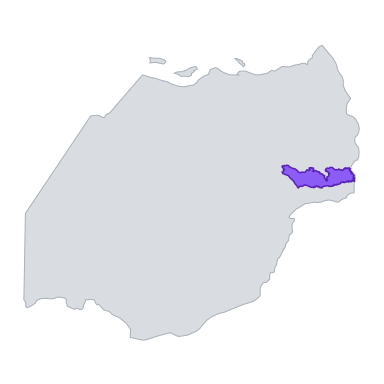 Songea, Ruvuma, United Republic of Tanzania (highlighted), rotated 271°
{"feature_id": "72390352B68324313293973", "entity_name": "Songea", "entity_type": "district", "adm_level": 2, "iso_a3": "TZA", "parent_name": "United Republic of Tanzania", "parent_adm1": "Ruvuma", "projection": "natural_earth1", "projection_center": [35.48, -10.415], "detail": "fine", "context": "in_parent", "style": "filled", "palette": "violet", "viewbox_px": 384, "rotation_deg": 271, "n_neighbors": 0, "source": "geoboundaries", "source_scale": "gbopen_adm2", "svg_char_len": 9163}
<svg xmlns="http://www.w3.org/2000/svg" viewBox="0 0 384 384"><g transform="rotate(271 192 192)"><path d="M139.6,286.7L135.2,284.0L131.3,282.4L128.0,280.6L126.6,278.9L123.6,278.2L120.9,277.9L118.5,276.3L113.5,275.7L112.9,274.6L112.8,272.2L112.0,271.6L110.1,271.0L108.2,271.0L107.0,271.4L106.3,271.2L104.7,269.8L103.1,268.0L102.6,265.1L100.3,263.3L97.6,261.8L90.3,262.0L89.2,261.5L87.4,260.1L85.4,257.7L83.7,254.9L82.3,251.2L80.8,246.2L72.3,226.2L71.4,222.4L69.8,218.2L67.1,213.1L64.2,209.3L60.3,205.8L55.9,202.4L53.6,200.0L49.0,190.6L48.1,186.2L47.4,181.7L47.6,179.8L50.5,173.9L50.7,172.3L50.4,170.1L49.0,165.4L47.2,159.7L43.6,149.3L43.1,146.7L43.1,144.8L45.2,134.2L45.2,132.8L53.6,133.0L59.8,128.4L65.1,121.5L66.2,118.6L68.3,114.2L70.5,112.0L71.3,110.5L72.5,106.1L75.3,103.1L78.1,100.8L77.5,99.2L77.9,98.6L79.4,97.4L82.3,96.3L82.9,94.0L82.8,91.4L82.4,90.0L82.5,88.3L82.0,87.3L80.1,87.1L77.3,85.8L74.9,85.3L73.3,84.5L72.7,83.9L72.5,82.4L73.8,78.3L72.5,76.7L75.4,70.0L75.9,69.2L77.0,69.1L78.7,68.4L80.2,68.1L81.5,68.3L82.5,68.0L83.3,67.3L84.0,65.0L84.6,61.2L84.2,58.2L83.0,55.8L82.7,52.2L83.2,47.3L82.8,43.2L81.5,40.0L80.1,38.1L78.0,37.2L74.7,32.2L73.7,29.8L73.8,28.3L75.0,27.7L77.1,27.9L79.1,27.4L80.9,26.0L82.7,25.6L83.7,25.8L167.7,25.8L266.0,89.2L266.4,90.0L267.1,95.4L267.0,97.3L265.5,100.4L265.0,102.1L265.0,103.2L265.4,103.7L266.7,103.8L267.8,104.6L268.2,105.2L269.0,107.5L270.1,108.7L307.4,139.8L308.2,140.3L307.7,142.9L305.5,149.3L305.4,151.9L304.6,155.0L303.8,157.0L301.6,165.9L299.8,169.3L297.4,177.1L297.0,183.1L298.3,187.2L298.8,191.2L301.7,195.0L304.0,196.4L305.5,198.1L308.3,202.2L309.8,206.2L314.8,208.2L316.7,212.7L316.0,215.8L313.7,218.3L311.6,222.5L309.8,228.0L309.8,236.4L310.9,235.1L313.5,237.2L313.9,243.3L311.1,250.5L310.3,253.9L310.2,256.7L312.1,265.3L315.1,269.7L314.8,271.1L314.1,272.2L319.1,280.0L318.7,286.7L320.6,292.0L321.4,296.5L322.6,300.0L322.8,302.4L321.3,305.1L325.0,305.8L327.1,307.9L328.2,310.0L330.8,309.9L332.3,311.4L334.3,312.5L338.9,316.0L340.2,317.8L340.9,319.5L328.2,330.6L323.6,333.4L320.3,334.7L316.9,335.5L313.5,337.2L310.4,339.9L306.4,341.3L301.5,341.3L296.3,343.2L288.2,349.0L283.5,345.8L279.8,344.8L275.6,344.9L273.0,345.3L272.1,346.0L271.3,347.9L270.6,351.1L267.8,354.2L262.9,357.1L258.4,358.2L254.3,357.5L251.5,356.2L250.1,354.5L247.9,353.7L245.1,353.9L242.4,355.1L239.8,357.4L235.6,358.4L230.0,358.1L226.9,357.0L226.5,355.1L224.0,352.8L219.5,350.3L216.1,350.2L214.0,352.7L212.0,354.2L210.2,354.8L208.6,354.9L206.3,354.3L200.0,354.0L194.1,354.1L193.5,350.5L192.3,348.4L191.2,347.1L189.2,346.7L188.6,345.7L187.9,343.5L186.9,341.6L185.5,340.1L184.7,338.6L184.4,337.3L184.7,335.8L185.9,332.2L186.3,329.7L186.2,327.1L185.5,324.5L184.1,321.4L184.2,320.5L183.7,318.4L183.7,316.9L184.0,315.0L183.7,312.6L182.5,307.3L182.5,306.0L181.2,303.5L177.2,297.5L177.0,296.7L170.8,290.7L168.3,289.4L167.4,290.5L167.1,291.6L167.4,293.5L167.2,294.5L167.0,294.9L165.5,294.8L164.6,294.6L162.2,293.0L160.4,292.6L155.8,292.9L154.3,293.3L153.0,292.9L150.6,290.1L147.8,289.6L145.2,289.4L141.1,286.3L139.6,286.7ZM315.5,186.3L317.5,192.9L317.2,194.1L315.8,194.9L315.0,195.0L314.1,193.9L313.5,191.7L312.4,192.2L310.6,189.5L308.7,189.4L307.1,186.2L307.7,183.5L307.4,178.7L309.4,176.3L310.5,172.3L311.8,175.0L312.1,179.4L313.8,184.5L315.5,186.3ZM325.4,146.9L325.6,148.5L325.2,150.0L325.2,154.7L325.1,157.8L323.5,162.1L322.3,163.6L321.2,163.2L320.3,162.5L319.5,161.3L321.0,153.4L320.3,147.6L323.2,148.1L325.4,146.9ZM321.1,242.3L319.6,242.7L319.1,242.3L318.2,241.0L319.7,239.9L321.2,237.7L324.7,234.6L326.4,232.1L326.1,234.5L324.1,239.9L322.4,240.2L321.1,242.3Z" fill="#d9dde1" stroke="#a8b0b8" stroke-width="1"/><path d="M209.1,288.7L207.2,290.3L206.9,290.9L205.4,292.5L204.8,293.4L204.5,293.6L204.0,293.7L201.6,295.2L201.0,296.0L200.0,296.7L199.3,297.4L199.2,297.5L198.9,297.4L198.8,297.7L198.0,298.1L198.5,298.7L198.7,298.8L199.1,299.2L199.1,299.6L199.7,299.8L199.9,300.0L199.9,300.7L199.6,301.5L199.7,301.8L199.6,302.4L199.9,302.6L200.0,302.9L200.2,303.0L200.4,303.2L200.5,303.8L200.7,304.0L200.8,304.4L201.0,304.4L201.0,304.7L200.8,305.8L200.5,306.6L200.3,307.5L200.0,308.0L199.8,308.8L199.3,309.5L198.8,311.0L198.9,312.3L198.7,312.7L198.8,312.9L199.0,312.8L199.1,313.2L198.6,313.5L198.5,314.0L198.8,314.4L199.0,315.0L199.5,314.9L199.9,315.0L199.7,315.4L199.9,315.8L200.0,315.8L200.2,316.2L200.0,316.9L200.0,317.1L199.8,317.2L199.6,317.6L199.4,317.5L199.3,317.9L199.4,318.4L199.6,318.4L199.3,318.7L199.4,319.2L199.2,319.6L198.5,319.9L198.7,321.3L198.4,321.4L198.4,322.0L198.5,322.1L199.5,322.6L200.1,324.4L200.5,326.4L200.6,327.1L200.7,327.6L200.0,328.8L200.2,329.3L200.1,330.1L200.0,330.4L200.1,330.5L200.3,331.2L200.2,331.4L200.7,332.1L200.7,332.4L200.6,332.5L200.5,332.2L200.3,332.3L200.3,332.5L200.4,332.8L200.7,332.7L200.8,332.8L201.2,333.9L201.4,333.9L201.2,334.1L201.3,334.4L201.3,334.7L201.7,334.9L201.7,335.1L201.8,335.3L201.7,335.4L201.7,335.8L201.8,336.1L202.1,336.5L201.7,336.7L201.8,336.9L202.0,336.9L201.9,337.4L202.1,337.5L202.2,338.0L202.6,338.8L202.5,339.2L202.8,339.8L202.8,340.1L202.7,340.1L202.9,340.1L203.0,340.5L203.0,340.2L203.4,340.2L203.5,340.5L203.8,340.8L203.9,340.7L204.1,340.7L204.0,340.9L204.1,341.3L204.2,341.8L204.5,341.8L204.3,341.9L204.3,342.6L204.2,342.9L204.3,343.1L204.5,343.1L204.3,343.3L204.4,343.6L204.2,343.7L204.1,343.9L204.1,344.3L204.3,344.7L204.4,345.1L204.5,345.5L204.8,346.1L204.7,346.3L204.7,346.5L205.2,346.6L205.3,347.2L205.6,347.2L205.6,347.5L205.4,347.7L205.6,347.8L205.5,348.6L205.5,348.9L205.2,348.9L205.5,349.2L205.1,349.3L205.2,349.5L205.2,349.8L205.3,349.8L205.4,349.7L205.6,350.0L205.4,350.2L205.2,350.2L205.6,350.4L205.3,350.4L205.2,350.6L205.4,350.6L205.5,351.2L205.6,351.3L205.5,351.5L206.1,351.8L206.0,352.0L206.3,352.1L206.2,352.4L206.3,352.4L206.4,352.6L206.7,352.6L206.6,352.8L206.1,352.9L206.2,353.0L206.1,353.3L205.9,353.6L205.6,354.0L205.8,354.1L206.1,354.2L206.3,353.9L206.3,354.0L206.4,353.9L206.7,354.1L207.1,354.0L207.2,353.9L207.0,353.6L207.7,353.5L207.8,354.1L208.1,354.2L208.4,354.0L208.3,353.7L208.5,353.4L208.7,353.7L208.8,353.5L209.0,353.8L209.1,353.6L209.5,353.7L209.7,353.2L209.9,353.4L210.3,353.6L211.3,353.4L211.5,353.7L211.7,353.3L212.8,352.5L213.0,352.1L213.3,352.0L213.4,351.8L213.1,351.7L213.4,351.5L213.3,351.1L213.6,351.0L213.9,351.1L214.0,350.8L214.3,351.0L214.5,350.9L214.9,351.0L214.9,350.6L215.0,350.6L215.0,350.9L215.4,350.5L215.4,350.3L215.6,350.3L215.5,350.0L215.8,349.9L215.8,349.7L216.1,349.7L216.0,349.4L216.4,349.1L216.9,349.1L217.0,349.2L217.4,349.0L217.2,349.3L217.1,349.6L217.5,349.8L217.4,349.5L217.6,349.6L217.6,349.3L217.8,349.2L217.7,349.1L218.0,349.1L218.3,348.8L218.8,348.8L218.9,348.6L218.5,348.2L218.6,347.8L218.4,347.8L218.5,347.5L218.7,347.1L218.6,346.6L218.4,346.5L218.4,346.2L218.2,346.3L218.4,346.1L218.3,345.9L218.5,345.6L218.3,345.6L218.4,345.3L218.2,345.4L218.2,345.2L218.1,344.8L218.4,344.8L218.2,344.5L218.2,344.3L217.8,343.4L217.4,343.3L217.3,343.2L217.2,343.2L217.0,342.8L216.5,342.7L216.4,341.9L216.2,341.7L216.2,341.4L217.0,340.5L217.0,340.1L216.8,339.8L217.0,339.0L217.2,338.9L217.5,338.4L217.2,338.1L216.9,337.6L216.9,336.1L216.7,335.8L216.8,334.8L217.0,334.4L217.3,334.0L217.4,333.6L217.7,333.4L217.8,333.2L218.9,331.9L219.0,331.0L219.0,329.8L218.1,328.6L218.1,327.8L218.3,327.4L218.3,327.0L218.0,326.2L217.5,325.6L217.0,325.3L216.4,325.3L215.9,325.7L215.9,325.1L215.3,325.3L214.8,325.9L214.8,327.0L214.0,328.0L213.5,328.1L213.5,328.5L213.4,329.0L212.4,329.0L212.6,328.4L211.6,328.3L210.4,328.4L209.1,326.4L208.5,326.5L207.9,326.8L207.3,326.9L206.6,327.3L206.3,327.0L205.5,326.9L205.6,326.0L206.1,325.7L206.6,325.7L207.7,324.9L208.1,324.5L208.1,324.2L210.4,324.3L210.5,323.7L210.7,323.8L210.7,323.2L211.0,322.8L211.7,322.7L211.9,322.5L212.2,322.0L212.5,320.8L212.7,320.4L212.4,319.9L213.5,319.5L213.5,319.3L214.0,319.3L214.3,319.0L214.2,318.6L214.5,318.2L214.4,317.9L214.5,317.7L214.4,317.5L214.5,317.2L214.7,316.8L215.1,316.5L215.4,315.2L215.7,314.8L215.6,313.9L215.4,313.5L214.8,313.4L214.9,313.2L215.0,312.9L214.8,312.8L214.8,312.6L215.2,312.7L215.4,312.9L216.1,312.9L216.8,313.1L217.6,313.1L218.1,312.9L218.1,311.6L218.3,311.1L218.2,310.9L218.4,310.9L218.4,310.7L218.3,309.3L218.1,308.8L217.8,308.7L217.2,308.8L216.7,309.4L216.4,309.5L216.1,309.5L215.9,309.3L215.9,308.8L215.7,308.6L215.8,307.9L216.1,307.4L216.0,307.1L216.0,306.3L214.5,305.4L214.3,305.1L213.9,305.0L213.7,304.7L213.7,303.3L213.8,301.8L213.5,301.0L213.5,300.2L213.3,300.0L213.2,300.0L213.1,299.7L213.4,298.9L213.7,298.6L213.9,298.2L214.1,298.0L214.2,297.7L214.4,297.7L214.6,297.2L215.0,297.1L215.1,296.9L215.9,296.2L216.2,295.6L216.8,294.9L217.0,294.0L217.6,292.0L217.7,291.3L218.5,289.9L218.8,289.6L218.8,289.0L219.0,288.8L219.6,288.5L220.0,288.0L220.3,287.6L220.4,287.3L220.3,287.1L220.4,286.5L220.3,286.0L219.7,284.9L219.7,284.4L219.9,284.1L219.7,284.1L219.5,283.6L219.7,283.1L219.5,282.5L219.7,282.3L219.5,281.8L219.2,281.7L218.4,281.8L217.6,282.5L217.3,283.0L216.7,283.3L216.6,283.6L216.3,283.8L215.8,284.0L215.7,283.5L215.5,283.4L215.3,283.4L215.3,283.1L215.1,283.2L214.7,283.1L214.0,282.8L213.9,282.9L213.6,282.4L213.4,281.8L212.7,282.3L212.0,282.5L210.0,288.2L209.1,288.7Z" fill="#8b5cf6" stroke="#5b21b6" stroke-width="1.5"/></g></svg>